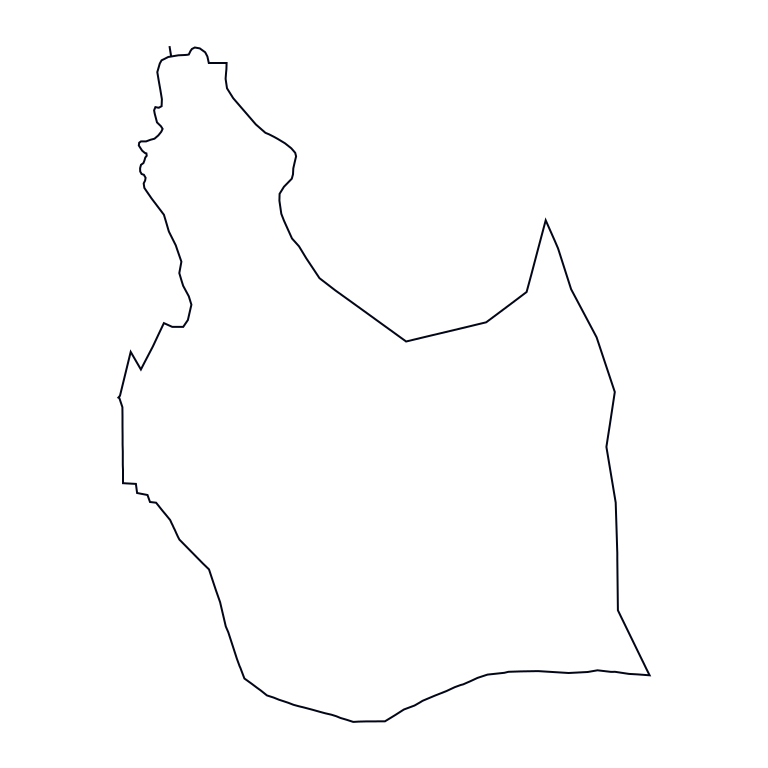 Bahr Al Arab, Eastern Darfur, Sudan
{"feature_id": "16777658B76242579856769", "entity_name": "Bahr Al Arab", "entity_type": "district", "adm_level": 2, "iso_a3": "SDN", "parent_name": "Sudan", "parent_adm1": "Eastern Darfur", "projection": "robinson", "projection_center": [26.432, 10.41], "detail": "fine", "context": "isolated", "style": "outline", "palette": "ink", "viewbox_px": 768, "rotation_deg": 0, "n_neighbors": 0, "source": "geoboundaries", "source_scale": "gbopen_adm2", "svg_char_len": 3227}
<svg xmlns="http://www.w3.org/2000/svg" viewBox="0 0 768 768"><path d="M226.6,63.0L225.9,63.0L221.9,63.0L208.8,63.0L207.4,56.5L205.2,52.3L199.8,48.4L194.8,47.5L194.6,47.6L191.9,49.0L190.5,51.0L188.8,54.5L187.3,54.8L184.9,55.0L178.4,55.3L171.2,56.5L169.5,46.1L171.1,56.5L168.2,57.0L164.3,59.0L161.6,60.3L159.8,63.5L157.3,72.1L158.9,81.7L160.4,90.1L161.9,99.2L161.6,106.2L158.9,107.7L158.4,107.6L158.2,107.7L155.4,107.1L154.1,110.3L154.7,113.6L157.0,122.4L161.0,126.3L162.6,128.9L161.3,131.7L158.5,135.2L158.1,135.6L154.5,138.7L150.4,139.8L146.1,141.4L145.4,141.4L141.0,141.4L139.2,142.7L138.8,145.5L142.1,150.6L144.8,152.9L146.4,153.4L146.7,155.8L145.3,157.5L144.4,160.6L143.4,163.1L141.0,164.8L140.1,168.2L140.2,171.5L141.6,174.0L143.9,174.8L145.6,177.8L145.1,180.6L144.9,181.0L143.7,183.4L143.8,184.2L144.2,186.9L144.4,188.0L146.7,191.4L151.6,198.5L162.8,213.3L163.9,214.7L165.6,220.4L166.7,224.1L168.2,229.3L168.9,231.6L175.6,245.0L175.8,245.4L177.0,249.0L181.4,261.7L179.3,273.1L181.7,281.2L183.2,285.9L188.8,296.3L191.4,304.7L187.9,320.0L183.2,326.9L182.5,326.9L172.3,326.9L163.9,323.1L163.8,323.3L158.2,335.1L152.9,346.4L144.8,361.9L140.9,369.5L130.7,351.9L130.5,352.7L120.0,395.7L118.4,397.6L119.4,398.2L122.4,407.2L122.5,416.2L122.5,425.4L122.6,436.3L122.6,444.7L122.8,451.3L122.8,458.1L122.8,464.7L122.9,467.7L123.0,469.4L123.0,474.5L123.0,483.2L135.9,483.9L137.1,493.0L147.5,495.0L150.0,502.0L156.1,502.7L160.4,508.1L162.8,511.1L166.3,515.3L167.6,516.9L170.2,520.1L171.5,523.0L172.4,524.8L172.7,525.4L173.9,528.1L174.7,529.6L176.1,532.8L177.9,536.7L179.4,539.6L191.1,551.5L197.1,557.6L202.8,563.4L209.0,569.4L214.5,586.0L216.0,590.5L220.1,602.2L225.8,626.5L228.3,632.3L233.6,648.6L236.9,658.8L239.6,666.2L240.4,667.9L241.1,669.8L244.4,678.5L251.6,683.7L256.8,687.6L260.8,690.5L266.9,695.4L273.7,697.6L278.9,699.7L283.2,701.1L288.3,702.8L293.5,704.8L299.0,706.3L303.6,707.4L312.3,709.7L320.1,711.9L325.3,713.3L331.4,714.7L336.2,716.2L340.6,718.0L346.4,719.7L353.2,721.9L355.4,721.8L358.8,721.6L366.6,721.4L375.0,721.4L380.0,721.3L385.0,721.3L395.3,715.0L403.9,709.5L414.6,705.5L420.0,702.4L422.6,700.8L434.7,695.7L446.6,691.0L454.7,687.2L460.7,685.0L463.1,684.4L466.5,682.9L470.2,681.3L477.5,677.9L487.5,674.6L504.4,672.8L508.4,671.8L521.0,671.4L538.1,671.1L568.6,673.0L587.7,672.0L597.5,670.3L611.2,671.9L615.0,671.8L628.9,673.9L637.7,674.4L649.6,675.3L646.2,668.5L643.9,663.7L640.8,657.4L620.6,615.9L619.4,613.4L617.9,610.3L617.3,559.0L617.3,552.9L617.2,550.4L616.8,537.3L615.7,502.6L606.4,446.9L607.8,437.8L609.8,425.0L614.8,392.0L605.1,362.9L596.6,337.3L571.1,289.2L558.6,250.1L558.0,248.3L554.6,240.4L545.7,220.3L537.7,250.4L531.3,274.7L526.6,292.0L509.5,304.9L486.2,322.3L475.4,324.9L470.1,326.2L424.4,337.1L406.1,341.5L406.0,341.4L355.5,304.9L335.2,290.3L319.5,278.2L306.2,258.2L305.0,256.2L299.0,246.3L292.0,238.5L287.8,229.2L283.9,220.5L281.3,213.8L279.4,200.6L279.6,193.8L284.0,186.7L285.0,185.7L291.8,178.7L293.0,174.3L293.3,168.4L294.7,162.2L296.1,156.3L296.0,156.0L295.2,152.8L293.3,150.6L291.3,148.3L285.0,143.3L277.7,138.9L275.0,137.4L274.3,137.0L269.0,134.3L265.4,132.8L255.8,124.4L233.2,98.2L227.0,88.3L225.6,78.8L226.1,72.4L226.4,69.4L226.6,63.0Z" fill="none" stroke="#020617" stroke-width="2"/></svg>